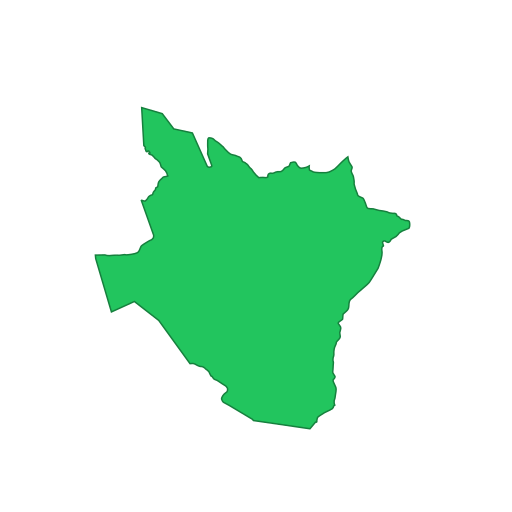 Texiguat, El Paraíso, Honduras, rotated 248°
{"feature_id": "27666195B35644327877667", "entity_name": "Texiguat", "entity_type": "district", "adm_level": 2, "iso_a3": "HND", "parent_name": "Honduras", "parent_adm1": "El Paraíso", "projection": "orthographic", "projection_center": [-87.038, 13.663], "detail": "fine", "context": "isolated", "style": "filled", "palette": "green", "viewbox_px": 512, "rotation_deg": 248, "n_neighbors": 0, "source": "geoboundaries", "source_scale": "gbopen_adm2", "svg_char_len": 6132}
<svg xmlns="http://www.w3.org/2000/svg" viewBox="0 0 512 512"><g transform="rotate(248 256 256)"><path d="M313.5,378.3L313.0,376.4L311.4,371.9L310.4,369.4L308.6,365.3L307.2,361.7L306.8,359.3L306.6,357.2L306.5,355.3L306.7,353.9L306.9,352.7L307.2,351.7L309.5,346.0L311.3,342.4L312.3,340.8L312.8,340.3L313.8,339.5L315.5,337.8L316.7,338.0L318.7,338.6L319.6,339.1L319.4,337.4L319.4,335.7L319.8,333.2L320.4,330.9L321.3,329.7L322.7,328.9L323.8,328.5L325.4,328.1L326.3,328.1L327.7,327.8L328.4,327.4L329.1,325.9L329.5,323.0L328.9,322.3L327.3,320.8L326.8,319.8L326.9,318.0L326.9,316.1L326.6,315.2L325.6,313.4L325.2,312.3L324.9,310.8L325.4,309.3L326.1,307.5L326.4,305.6L326.3,303.5L326.4,302.5L327.5,300.2L327.5,299.1L327.2,298.1L326.3,297.2L325.0,296.6L324.8,296.4L324.8,295.6L324.9,294.6L326.3,291.8L327.2,289.3L327.6,287.9L329.3,287.2L330.6,286.5L335.1,285.0L337.0,284.7L338.6,284.2L339.5,283.7L340.7,283.2L341.8,282.9L343.2,282.6L344.2,282.2L345.2,281.7L345.5,281.3L346.3,281.0L347.1,280.4L348.3,279.1L348.6,279.0L349.0,278.8L351.0,278.8L352.0,278.7L353.3,278.2L354.2,277.5L355.5,276.0L357.0,274.5L358.9,271.8L359.9,270.6L362.4,269.1L366.2,267.5L367.2,267.1L369.6,266.4L370.2,266.0L371.9,265.2L374.8,263.7L376.9,262.3L377.9,261.5L380.5,260.3L381.5,259.4L382.3,258.4L383.2,256.7L383.1,256.1L382.7,255.5L381.4,254.6L377.6,253.0L375.8,252.3L373.0,251.4L368.8,249.4L356.8,248.9L355.9,248.7L355.5,247.9L355.8,245.7L356.2,245.2L357.4,244.4L393.9,243.1L404.6,227.4L423.1,222.4L436.4,205.6L400.5,193.4L400.2,193.4L398.9,194.0L398.4,194.1L397.9,194.0L397.5,193.6L397.3,193.5L396.5,193.4L395.6,193.5L395.0,193.3L394.1,193.4L393.8,193.6L393.6,193.8L393.5,194.4L393.8,194.9L393.8,195.3L393.7,195.7L393.4,195.9L392.1,196.3L391.4,196.3L391.2,196.2L391.3,195.8L391.6,195.6L391.6,195.3L391.2,195.0L390.9,195.0L390.1,195.5L389.1,196.8L388.2,197.6L386.8,198.1L385.0,198.9L384.7,198.9L384.4,198.9L383.6,199.4L382.2,200.4L379.1,201.7L378.3,201.8L377.2,201.8L374.2,201.5L370.6,203.3L369.6,203.7L369.1,204.0L366.1,204.4L365.1,204.3L364.1,204.1L363.7,204.2L363.4,204.3L363.2,204.3L363.1,204.1L363.3,202.8L363.7,201.2L363.9,199.7L363.7,199.0L363.1,197.7L362.6,196.2L362.0,195.0L361.3,193.8L360.4,192.9L359.4,192.2L357.8,191.3L357.0,190.7L356.9,190.3L356.8,189.0L356.6,188.5L356.2,188.2L355.7,188.0L355.5,187.9L355.0,187.3L354.4,186.1L353.7,184.9L353.0,184.2L351.9,183.3L351.7,182.9L351.6,182.4L351.7,181.5L351.7,180.8L351.5,179.8L351.3,179.0L351.0,178.4L349.5,176.4L348.5,174.1L348.6,173.5L348.9,172.9L349.8,171.6L350.4,171.1L350.5,170.8L350.4,170.5L313.7,168.9L312.6,168.5L311.7,167.9L311.1,167.4L310.6,166.3L310.2,165.4L310.1,162.9L309.7,160.2L309.0,156.2L308.5,154.2L308.2,153.4L307.8,152.8L304.8,149.8L303.9,148.5L303.7,148.0L303.5,146.9L303.6,144.5L304.2,141.3L305.0,138.1L305.6,136.2L306.4,134.9L306.6,134.4L307.9,129.4L308.8,127.5L309.6,125.4L310.4,123.1L311.3,120.1L312.3,118.0L313.6,116.3L317.0,107.4L313.6,106.4L258.3,101.0L259.4,126.2L232.7,141.7L180.9,154.5L180.1,157.0L179.5,158.0L178.6,159.0L176.6,160.6L175.1,162.1L174.5,162.9L174.0,163.9L173.7,164.5L173.0,165.3L172.4,165.8L171.4,166.5L170.1,167.0L168.7,167.9L166.8,168.8L166.3,169.0L164.0,169.1L161.9,169.3L161.5,169.4L161.0,170.0L160.5,170.2L158.8,170.6L157.8,170.9L156.8,171.7L155.3,173.3L153.6,174.5L150.5,176.6L147.3,178.9L146.7,179.3L145.9,179.6L144.7,179.9L144.0,180.0L143.6,179.9L142.3,179.4L141.2,178.5L140.9,178.0L140.0,175.0L139.5,174.0L139.0,173.1L138.4,172.3L137.5,171.3L136.9,170.8L136.2,170.5L134.9,170.5L133.8,170.6L132.6,171.0L127.5,175.2L106.1,191.4L104.4,192.0L75.6,241.3L79.7,249.0L79.5,249.3L79.4,249.6L79.3,249.8L79.4,250.1L79.6,250.3L80.8,250.8L82.4,251.9L83.2,252.6L83.6,253.4L84.1,255.4L85.1,260.9L85.5,267.2L85.7,267.9L85.7,269.0L86.1,270.0L86.7,270.9L87.9,272.0L88.1,272.4L88.2,273.2L89.2,273.2L90.4,273.4L91.2,273.7L92.6,274.3L94.7,276.0L97.8,277.8L100.3,279.3L102.1,280.2L103.6,280.7L104.6,280.8L109.6,280.6L110.5,280.6L111.3,280.7L112.0,281.0L112.4,281.3L112.6,281.7L112.9,282.4L113.3,283.0L113.8,283.6L114.6,284.1L115.1,284.1L116.7,283.8L118.9,283.5L119.4,283.6L120.2,283.9L122.3,285.0L125.7,286.6L128.1,287.8L128.8,288.0L130.3,288.2L131.7,288.8L133.1,289.6L134.1,290.5L134.6,290.8L135.5,291.3L137.1,291.9L138.3,292.4L140.4,293.6L141.8,294.6L144.6,297.4L145.7,298.0L146.1,298.4L146.7,299.4L147.5,301.2L148.2,302.5L148.8,303.2L149.5,303.8L150.3,304.1L152.4,304.6L153.7,305.0L154.1,305.3L155.1,306.1L156.4,307.0L157.2,307.5L157.9,307.7L158.4,307.8L159.0,307.8L162.5,307.0L162.9,307.0L163.2,307.2L163.5,307.6L163.9,308.6L164.5,311.2L164.9,312.5L165.3,312.8L168.5,314.4L169.5,315.0L170.9,318.9L171.6,320.5L172.3,321.5L173.0,322.2L173.9,322.8L175.0,323.4L176.9,324.3L178.5,325.3L179.3,326.0L179.9,326.7L180.4,327.7L181.1,330.0L182.3,333.0L183.9,336.7L187.8,348.1L188.8,350.5L189.3,351.4L191.3,354.3L198.9,364.6L201.0,366.5L203.6,368.7L205.6,370.3L207.6,371.7L209.6,373.0L211.4,373.9L212.3,374.3L214.8,375.0L216.5,375.8L216.9,376.2L217.4,376.9L217.6,377.3L217.5,377.8L217.7,378.0L220.7,378.3L221.4,378.5L221.6,378.7L221.9,379.3L222.0,379.9L222.0,380.4L221.8,380.9L221.5,381.3L220.4,382.1L219.6,382.9L219.1,383.6L219.0,384.3L219.2,385.1L219.6,386.0L220.0,386.6L220.6,387.2L220.8,387.5L221.1,389.2L221.5,392.3L221.6,393.1L222.7,395.7L223.6,397.3L223.8,397.7L224.4,401.1L224.4,407.6L224.5,408.2L224.7,408.6L226.2,409.7L228.0,410.5L229.5,410.9L230.3,411.0L230.9,410.9L231.5,410.5L232.0,409.8L232.5,408.9L232.9,407.9L233.2,407.5L234.2,406.6L234.8,406.0L235.1,405.6L235.3,404.9L235.5,404.6L238.9,403.0L239.4,402.6L240.1,401.9L240.5,401.7L240.9,401.6L241.5,401.8L241.8,401.8L242.6,401.6L243.0,401.3L243.5,400.7L244.3,398.8L245.8,396.2L246.4,395.4L247.7,394.2L248.3,393.4L250.0,390.9L252.2,387.1L255.9,382.2L257.0,379.7L257.9,378.1L258.3,377.5L258.9,377.2L259.6,377.0L260.6,377.0L263.7,377.2L267.1,377.2L268.4,377.1L269.3,376.9L269.8,376.6L272.2,374.3L272.8,373.8L273.7,373.2L274.5,373.1L275.8,373.3L280.7,373.3L285.3,373.8L286.2,374.0L288.0,374.8L289.3,375.2L292.9,376.0L294.2,376.1L296.8,375.9L298.9,376.0L299.3,376.2L299.8,376.5L301.7,378.1L302.5,378.4L303.0,378.4L307.0,377.7L308.8,377.5L311.0,377.8L313.5,378.3Z" fill="#22c55e" stroke="#15803d" stroke-width="1.5"/></g></svg>